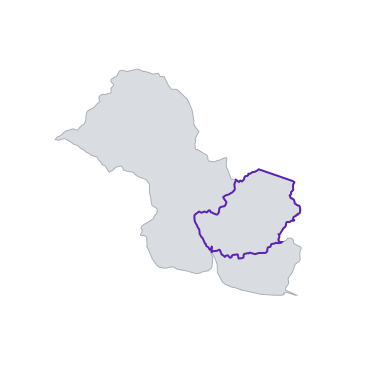 location of Cuyuni-Mazaruni within Guyana, rotated 151°
{"feature_id": "GUY-676", "entity_name": "Cuyuni-Mazaruni", "entity_type": "Region", "adm_level": 1, "iso_a3": "GUY", "parent_name": "Guyana", "parent_adm1": "", "projection": "albers", "projection_center": [-59.812, 6.174], "detail": "fine", "context": "in_parent", "style": "outline", "palette": "violet", "viewbox_px": 384, "rotation_deg": 151, "n_neighbors": 0, "source": "natural_earth", "source_scale": "10m", "svg_char_len": 8193}
<svg xmlns="http://www.w3.org/2000/svg" viewBox="0 0 384 384"><g transform="rotate(151 192 192)"><path d="M122.7,179.5L114.6,170.5L106.4,161.4L98.5,152.4L97.9,151.2L101.3,147.0L104.3,143.9L106.8,142.2L108.0,140.7L107.1,134.1L107.1,131.7L106.0,129.2L105.1,126.3L106.2,123.9L107.4,122.2L108.9,121.6L112.7,121.0L115.3,120.8L116.2,119.8L117.8,118.7L119.8,118.6L123.7,119.4L125.5,118.0L128.7,116.0L136.0,112.6L137.6,110.4L138.8,107.0L138.7,105.4L137.9,104.8L136.1,104.2L133.3,104.1L131.1,105.0L128.8,104.5L126.9,102.4L126.8,100.7L128.0,98.2L127.3,96.6L123.7,91.4L123.7,89.9L126.3,87.6L127.8,85.6L129.9,80.9L131.5,79.3L136.6,78.8L137.9,77.8L140.5,75.2L144.3,72.4L149.8,70.1L151.4,65.9L152.4,64.8L156.8,62.6L157.6,61.5L157.5,60.4L150.4,51.1L151.8,51.7L157.3,57.8L160.3,59.1L161.0,59.2L161.0,57.6L163.8,58.3L171.0,62.4L181.5,69.3L196.3,82.3L200.5,87.2L203.3,89.5L207.8,95.2L209.0,98.0L208.9,109.0L205.1,116.5L204.1,122.1L203.9,129.6L201.7,133.9L204.7,131.6L205.6,124.8L208.1,120.7L211.5,116.2L215.9,115.1L220.7,117.0L224.6,117.3L228.0,118.6L235.2,125.8L242.3,131.5L244.9,136.0L252.4,138.3L256.9,141.9L258.3,145.0L259.2,153.1L257.8,165.4L258.2,166.0L256.2,168.5L255.8,170.0L254.5,172.7L253.5,174.2L255.0,177.6L256.7,177.8L257.4,178.2L257.8,178.9L257.7,179.6L257.1,180.2L255.4,181.1L253.9,183.0L254.1,185.2L253.1,186.3L250.0,186.9L243.9,187.0L241.0,187.1L238.6,187.5L237.0,188.9L235.0,189.9L233.5,190.1L232.1,191.8L230.7,194.1L231.2,195.7L232.6,197.8L233.5,199.9L232.4,203.4L231.2,206.1L230.5,208.2L229.5,212.2L227.2,216.5L225.5,219.0L225.6,221.7L226.4,225.5L231.2,231.1L232.8,233.7L234.1,238.0L238.4,241.3L241.2,244.1L240.9,247.6L241.3,248.8L243.0,249.7L245.0,250.3L247.3,250.3L249.3,250.0L249.8,249.5L254.5,249.4L255.0,250.3L255.3,255.4L255.5,257.5L256.6,258.4L257.3,259.6L257.3,260.8L257.5,263.7L258.2,265.2L258.1,268.3L258.6,269.4L259.9,270.2L261.6,272.4L262.2,272.7L262.5,273.5L263.9,276.6L264.6,277.5L265.1,277.7L265.4,278.8L266.4,281.7L267.1,282.4L268.4,284.6L268.9,286.9L270.7,289.6L272.5,291.4L273.3,293.4L275.5,297.6L277.7,300.6L280.7,301.4L283.2,301.8L284.8,303.0L286.3,304.2L284.7,304.8L283.2,305.5L281.2,305.0L278.3,305.3L275.4,306.2L272.7,306.6L267.6,305.3L266.0,305.1L265.0,304.5L262.8,301.9L261.8,301.6L259.1,302.8L255.8,303.7L254.2,303.6L252.3,304.5L250.5,305.7L247.2,310.8L245.4,312.7L243.6,313.5L239.8,313.5L235.8,313.7L232.8,315.0L230.0,315.6L228.6,315.7L228.2,318.6L227.5,319.9L226.6,320.6L224.5,320.9L222.5,320.8L221.3,319.6L219.1,319.0L217.1,318.6L215.9,317.9L214.9,318.1L214.0,319.3L213.3,320.3L212.7,322.1L209.8,322.7L208.5,323.8L209.3,327.3L208.9,328.6L208.3,329.7L204.7,329.9L201.6,329.8L199.9,331.1L197.7,332.6L196.4,332.9L194.8,332.8L192.7,331.1L190.7,329.0L185.6,327.5L180.6,326.2L177.3,322.9L176.5,321.2L174.9,320.5L171.0,316.4L168.9,313.9L166.5,313.2L163.8,312.1L163.9,310.2L163.7,308.4L162.6,307.7L161.0,307.2L160.4,306.2L160.5,303.8L160.9,297.7L160.4,291.9L156.8,289.9L155.2,288.5L152.5,279.8L151.2,275.9L151.2,273.1L152.1,264.4L153.1,260.7L155.9,253.2L157.5,250.7L157.6,248.8L157.4,246.3L156.6,241.5L161.3,238.5L163.3,237.2L163.7,235.2L166.2,232.6L167.3,230.2L168.2,228.3L168.0,227.2L166.9,226.7L165.6,224.8L162.8,219.6L161.9,218.5L161.0,217.0L161.5,214.7L162.5,212.1L162.4,211.1L160.8,209.7L157.4,207.4L154.6,207.3L152.5,206.5L149.3,206.3L146.8,206.1L145.3,205.2L145.6,203.8L146.3,202.8L148.4,200.1L149.8,197.3L150.0,194.5L150.4,190.9L151.0,187.7L151.4,184.2L148.0,181.8L147.0,179.9L145.6,178.2L144.1,178.2L141.8,177.4L138.2,179.7L135.4,179.3L133.5,180.1L129.0,179.9L126.1,178.8L122.7,179.5Z" fill="#d9dde1" stroke="#a8b0b8" stroke-width="1"/><path d="M144.3,178.6L143.7,178.1L143.4,177.2L142.9,177.1L141.3,177.5L140.6,177.8L139.0,179.4L138.3,179.9L137.5,179.9L135.8,179.3L135.0,179.4L134.7,179.6L134.2,180.4L133.9,180.6L133.6,180.6L133.3,180.4L133.1,180.1L132.8,179.9L132.0,179.8L129.8,180.1L129.3,180.0L128.9,179.8L128.5,179.6L128.0,179.4L127.6,179.3L125.3,179.1L124.4,179.2L122.7,179.5L119.8,176.4L116.9,173.1L114.0,169.9L111.1,166.7L108.2,163.5L105.4,160.3L102.5,157.1L99.6,153.9L98.4,152.5L97.7,150.9L98.1,150.5L99.4,149.8L100.0,149.4L101.7,146.5L102.2,145.3L102.6,144.7L103.1,144.5L104.4,144.2L105.0,144.0L105.4,143.8L105.8,143.3L106.2,142.3L106.7,141.9L107.3,141.8L107.8,141.8L108.2,141.7L108.4,141.1L108.4,140.6L108.6,139.1L108.5,138.7L108.4,138.6L108.1,138.3L108.0,138.0L107.3,137.6L107.1,137.2L106.8,136.2L106.7,135.7L107.0,133.9L107.2,133.3L107.5,132.9L107.6,132.6L107.6,132.3L107.6,131.9L107.5,131.6L107.0,131.0L106.7,129.9L106.4,129.3L105.8,128.8L105.3,128.5L104.9,128.1L104.8,127.3L105.1,126.0L105.7,124.6L106.4,123.2L107.6,121.8L108.0,121.4L108.7,121.3L109.5,121.3L110.2,121.6L110.6,120.9L111.4,121.0L112.2,121.2L112.9,120.7L114.7,120.9L115.4,120.8L115.7,120.6L116.7,119.5L116.8,119.4L116.8,119.1L116.7,118.7L116.3,118.2L116.2,117.8L116.5,117.6L116.9,117.6L117.8,117.9L118.0,118.1L118.3,118.3L118.7,118.6L119.1,118.7L119.5,118.7L120.4,118.5L120.8,118.4L121.6,118.6L123.0,119.5L123.5,119.7L124.3,119.5L125.0,118.8L126.1,117.3L126.7,116.8L127.4,116.4L130.1,115.8L135.0,112.8L136.0,112.5L136.7,112.9L137.0,111.0L137.3,110.3L137.9,109.9L138.6,109.4L139.1,109.0L139.5,108.5L139.8,107.8L139.9,107.1L139.9,106.5L139.6,105.9L139.1,105.4L137.8,104.7L138.2,104.6L138.9,104.5L139.5,104.7L140.9,105.2L142.1,105.9L143.0,106.8L143.3,107.0L143.5,107.0L144.1,106.9L144.5,106.9L145.2,107.0L146.4,107.6L147.7,107.9L148.0,107.9L148.5,107.6L148.7,107.4L149.0,107.1L149.2,106.8L149.3,106.6L149.5,106.4L149.9,106.2L150.5,106.1L152.0,106.7L152.3,106.7L152.7,106.6L152.9,106.5L153.2,106.2L153.5,105.7L153.8,105.4L154.3,104.9L154.5,104.6L154.6,104.2L154.9,103.7L155.4,103.5L156.5,103.2L157.1,103.1L157.5,103.2L163.0,106.2L167.0,107.1L167.2,107.3L167.5,107.5L170.6,110.7L170.8,110.9L171.1,111.0L172.2,110.9L172.5,111.0L173.3,111.6L175.6,112.3L176.1,112.4L176.6,112.4L177.4,111.8L177.8,111.4L178.1,110.6L178.2,110.4L178.3,110.2L178.5,110.0L178.9,109.8L179.2,109.8L179.5,109.8L181.2,110.2L183.3,111.1L183.3,111.9L182.5,114.4L182.4,115.0L182.6,115.5L182.8,115.6L183.1,115.7L184.0,115.9L184.2,116.0L184.7,116.3L184.9,116.4L186.3,116.9L186.7,117.0L187.2,117.0L187.5,117.0L187.7,116.9L187.9,116.9L188.1,116.8L188.8,116.0L189.1,115.8L189.5,115.8L190.5,116.1L190.9,116.7L190.9,116.9L191.1,118.5L191.3,119.0L191.6,119.3L191.9,119.5L192.6,119.7L193.2,119.7L193.4,119.7L193.6,119.7L194.1,119.5L194.4,119.4L194.7,119.4L194.9,119.8L194.9,120.1L195.5,121.5L196.2,122.6L196.3,123.2L196.1,125.4L195.9,126.2L195.8,127.6L195.9,128.0L196.1,128.2L196.3,128.3L196.8,128.4L198.7,128.5L199.1,128.6L199.5,128.7L201.8,129.9L202.2,130.0L202.5,130.1L202.6,129.9L202.9,129.9L203.1,129.9L203.7,130.1L203.8,130.1L203.7,130.6L201.2,134.2L201.3,134.3L201.4,134.5L202.6,133.4L203.0,133.1L203.2,132.8L203.3,132.6L203.9,132.9L204.2,132.9L204.4,132.9L204.5,133.3L204.5,135.0L204.6,135.8L205.5,137.6L205.6,138.3L205.6,138.6L205.5,139.0L205.4,139.3L205.2,139.6L205.1,139.9L205.3,140.2L205.5,140.5L205.6,140.9L205.1,146.0L205.1,146.8L205.5,147.7L205.6,148.1L205.6,151.3L205.5,152.2L205.0,152.9L204.1,155.0L203.9,155.8L204.1,158.2L203.8,160.7L203.9,163.3L203.7,165.0L203.2,166.5L202.5,168.1L201.6,169.8L201.0,170.5L200.1,170.8L196.8,171.3L195.2,171.4L194.2,169.8L194.0,169.6L193.8,169.4L193.5,169.3L193.2,169.2L192.8,169.1L191.1,169.0L190.8,168.9L190.5,168.8L190.2,168.5L189.2,167.2L188.8,167.0L188.4,167.0L187.0,167.6L186.7,167.7L186.3,167.7L185.8,167.6L185.5,167.4L185.3,167.1L185.3,166.9L185.4,165.4L185.3,165.1L185.1,164.9L184.6,164.4L184.3,164.2L184.1,163.9L183.6,162.8L183.4,162.6L182.7,161.8L181.9,160.8L181.6,160.5L181.3,160.3L181.0,160.1L180.7,160.1L180.4,160.2L180.1,160.3L178.7,161.0L178.3,161.4L177.9,161.8L177.2,162.7L176.6,163.7L176.4,164.0L176.1,164.3L175.5,164.6L175.0,164.8L174.7,164.9L174.4,164.9L173.9,164.8L173.3,164.7L170.4,163.9L170.2,163.9L169.8,164.0L168.2,165.1L167.1,166.1L166.9,166.4L166.8,166.7L166.8,167.2L167.1,168.6L167.3,171.8L166.9,172.5L164.7,172.7L164.1,172.7L160.7,172.0L160.1,172.0L158.9,172.2L157.2,172.1L156.9,172.1L156.7,172.2L154.2,173.0L153.7,173.2L153.4,173.5L153.0,174.0L152.6,174.9L152.2,176.0L151.5,177.5L151.4,178.0L151.0,178.4L150.5,178.9L148.7,180.3L148.0,181.1L147.6,181.4L146.3,178.4L146.0,178.0L144.3,178.6Z" fill="none" stroke="#5b21b6" stroke-width="2"/></g></svg>